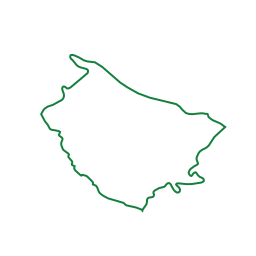 Vaslui, orthographic projection, rotated 133°
{"feature_id": "ROU-316", "entity_name": "Vaslui", "entity_type": "County", "adm_level": 1, "iso_a3": "ROU", "parent_name": "Romania", "parent_adm1": "", "projection": "orthographic", "projection_center": [27.841, 46.485], "detail": "fine", "context": "isolated", "style": "outline", "palette": "green", "viewbox_px": 256, "rotation_deg": 133, "n_neighbors": 0, "source": "natural_earth", "source_scale": "10m", "svg_char_len": 2340}
<svg xmlns="http://www.w3.org/2000/svg" viewBox="0 0 256 256"><g transform="rotate(133 128 128)"><path d="M178.6,61.1L178.5,62.6L180.6,67.8L185.8,76.7L185.8,80.2L193.1,94.7L194.4,99.7L194.5,100.5L194.8,102.5L194.8,105.0L193.9,107.1L192.7,109.4L192.0,112.1L193.2,115.2L192.0,116.0L191.5,117.4L191.3,124.4L191.5,125.9L193.2,129.2L193.8,129.7L194.3,129.5L194.7,129.7L194.9,131.3L195.0,137.1L194.8,138.6L194.1,140.0L192.3,141.0L193.2,143.5L192.6,144.6L192.4,144.7L191.4,145.1L190.6,146.0L189.9,151.7L189.2,152.5L187.7,153.0L187.4,154.4L187.9,158.2L188.1,160.5L187.9,161.2L186.1,165.0L184.6,166.6L183.3,167.2L181.9,167.7L180.6,168.4L180.1,169.7L180.5,172.9L180.2,173.9L178.8,174.3L177.2,175.0L177.5,176.6L179.9,180.5L180.7,181.6L181.5,182.9L181.9,184.5L180.4,188.9L179.7,193.5L177.5,199.8L177.2,200.8L176.7,201.1L172.4,202.1L170.4,202.1L167.1,201.3L162.3,198.7L152.5,195.5L150.7,195.5L148.6,196.4L147.4,197.5L146.4,199.0L145.1,201.6L144.3,202.8L143.2,203.6L141.8,203.6L140.9,202.5L140.7,201.1L140.7,199.7L139.6,198.5L137.6,197.7L115.3,195.0L113.5,196.1L113.0,197.2L113.2,198.7L115.9,203.8L116.6,205.5L117.0,207.2L117.0,208.9L116.2,214.0L116.2,216.9L115.9,218.0L115.4,218.8L114.7,219.3L113.8,219.6L112.5,218.6L111.4,216.5L109.8,211.8L108.6,206.4L107.0,203.1L102.5,197.0L100.9,188.4L100.1,164.7L98.6,155.9L95.8,144.3L91.0,132.8L77.7,109.1L77.1,104.9L77.6,100.7L77.6,96.0L76.0,92.7L73.6,90.0L67.8,85.0L66.1,83.1L65.3,81.8L63.5,79.4L65.0,76.5L64.9,74.3L64.5,71.4L61.7,63.5L61.0,57.6L75.8,58.7L85.4,57.0L87.9,57.1L90.3,57.7L92.6,58.7L95.7,59.4L98.0,59.3L102.7,57.7L104.1,56.5L105.0,55.0L105.6,53.6L106.5,52.4L108.2,52.5L110.5,53.4L115.3,54.3L117.9,53.9L119.4,53.1L120.0,51.9L120.3,50.7L120.3,49.6L119.9,49.0L119.1,48.8L116.7,49.2L115.3,49.0L114.4,48.5L114.2,47.5L114.8,44.8L114.9,43.2L114.7,41.8L114.1,40.4L113.8,39.0L113.9,37.7L115.0,36.4L116.4,36.5L118.1,37.3L125.7,43.3L129.2,47.0L134.1,53.4L135.5,54.5L136.4,54.4L136.8,53.4L136.7,51.6L136.8,49.8L137.4,48.1L139.1,46.9L140.7,47.1L141.8,48.2L142.2,50.0L142.1,52.1L141.0,55.9L140.3,57.5L140.0,58.9L140.2,60.3L141.5,61.3L143.2,61.5L145.2,61.2L146.6,61.6L150.7,64.2L155.4,65.8L157.2,65.8L158.4,64.9L158.8,63.7L160.4,62.7L161.5,62.9L162.7,63.6L163.9,64.7L165.4,65.5L166.9,65.4L168.1,64.7L169.0,63.8L171.2,62.5L177.6,61.6L178.6,61.1L178.6,61.1Z" fill="none" stroke="#15803d" stroke-width="2"/></g></svg>